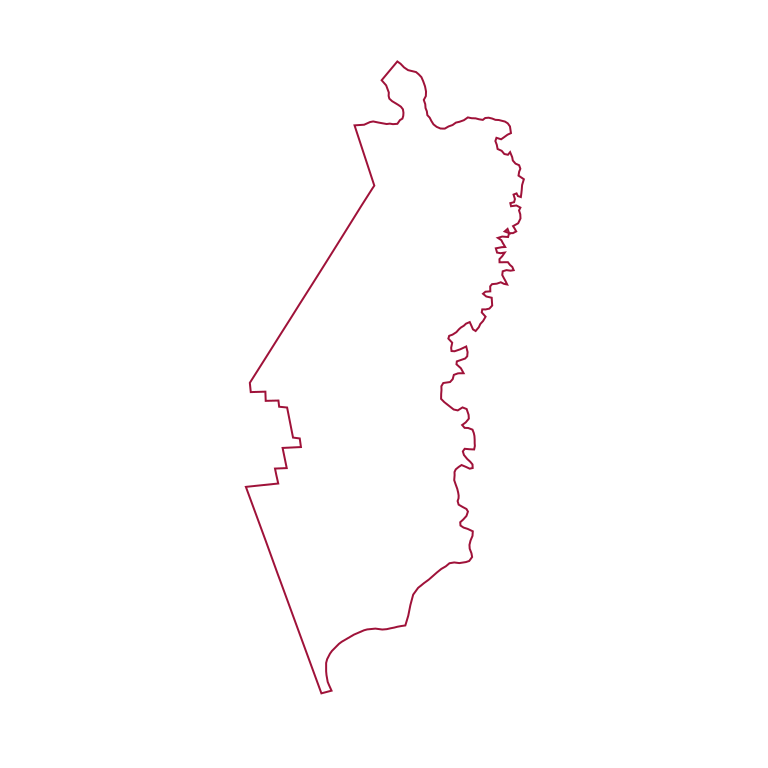 outline of São Miguel do Guamá, Pará, Brazil, rotated 285°
{"feature_id": "56859067B56862876029302", "entity_name": "São Miguel do Guamá", "entity_type": "district", "adm_level": 2, "iso_a3": "BRA", "parent_name": "Brazil", "parent_adm1": "Pará", "projection": "robinson", "projection_center": [-47.543, -1.552], "detail": "fine", "context": "isolated", "style": "outline", "palette": "rose", "viewbox_px": 768, "rotation_deg": 285, "n_neighbors": 0, "source": "geoboundaries", "source_scale": "gbopen_adm2", "svg_char_len": 3928}
<svg xmlns="http://www.w3.org/2000/svg" viewBox="0 0 768 768"><g transform="rotate(285 384 384)"><path d="M573.1,323.3L569.9,322.2L549.9,315.9L520.0,306.8L508.9,303.4L487.1,296.7L462.6,289.1L439.7,281.9L422.8,276.7L405.3,271.2L376.6,262.3L350.4,254.1L341.7,257.4L345.9,271.4L337.1,274.1L340.7,286.3L334.9,288.6L336.2,296.5L308.7,310.0L309.6,316.7L301.6,320.1L296.0,302.6L277.6,311.8L274.1,300.6L268.1,303.6L260.5,307.6L248.9,277.2L202.1,310.2L172.4,330.9L167.5,334.4L69.0,403.6L74.2,412.7L79.1,408.7L81.7,406.7L87.9,403.8L91.4,402.5L99.6,400.3L103.5,400.3L109.5,401.6L112.7,402.8L121.3,407.7L124.1,409.9L134.1,419.8L140.9,428.4L142.6,431.3L145.5,439.0L146.4,445.9L147.9,450.1L149.7,453.5L151.4,457.0L153.0,459.8L154.8,463.6L156.3,467.1L166.5,467.4L177.4,466.7L188.1,466.7L195.9,469.7L202.2,474.3L206.4,477.7L211.0,480.8L215.8,484.0L220.2,487.2L223.9,490.9L227.8,493.6L229.8,498.0L230.5,503.1L233.2,509.2L235.1,512.1L239.7,513.9L243.1,512.3L247.1,509.4L250.7,508.2L255.3,508.1L260.2,508.8L264.7,507.9L265.7,502.3L265.9,498.0L267.1,494.5L270.2,493.4L273.6,495.6L277.9,497.8L282.5,498.1L284.6,496.0L285.6,491.7L286.8,487.3L290.0,485.4L292.8,485.6L295.5,485.0L298.2,483.8L301.7,481.9L305.7,479.1L309.3,476.7L314.2,475.8L317.2,474.9L320.1,475.4L323.2,477.6L325.8,479.9L325.1,484.8L324.4,488.7L325.8,491.4L329.2,490.3L331.3,487.3L333.1,483.8L336.1,479.6L339.3,477.6L342.3,478.7L343.1,483.4L344.1,488.0L347.7,487.8L350.3,486.9L353.6,486.0L357.2,484.8L359.9,483.4L362.8,481.3L363.3,476.7L362.5,473.2L364.6,470.1L368.1,472.9L372.5,474.9L376.1,473.7L381.2,470.3L381.7,465.9L377.6,462.1L377.4,457.9L382.0,447.1L384.4,443.0L389.2,441.8L393.0,441.1L396.7,440.0L400.3,441.0L403.0,447.3L406.5,449.1L410.9,449.1L413.5,452.8L415.0,458.1L419.1,454.2L421.8,448.9L424.7,448.5L429.6,455.8L432.3,457.2L436.4,456.5L441.5,453.7L437.2,448.6L433.9,443.7L433.3,440.7L436.3,439.5L441.5,439.2L444.5,434.4L447.4,434.5L449.4,437.4L452.8,440.5L456.2,442.2L458.5,443.7L460.9,446.0L463.5,447.6L466.0,450.8L462.7,453.5L459.8,455.8L458.9,458.8L463.4,460.9L466.9,461.5L470.5,463.4L475.3,464.7L478.4,459.9L481.5,459.6L482.3,462.8L484.1,466.3L487.8,468.2L491.6,466.9L495.2,465.7L495.0,460.1L496.8,456.3L499.4,458.1L501.0,462.7L505.8,461.3L508.4,462.5L510.1,467.0L512.5,470.5L511.8,473.9L512.0,477.2L514.9,474.7L517.7,472.0L519.9,470.0L523.6,469.5L525.7,472.8L526.2,476.9L527.5,479.8L530.3,477.6L531.6,474.9L533.7,472.2L532.6,468.1L531.5,464.1L534.5,463.2L538.0,465.1L542.2,466.6L540.5,462.7L540.2,459.2L544.0,456.9L546.6,462.3L547.7,465.6L551.1,462.1L553.3,460.1L554.6,456.2L557.0,460.0L558.1,465.8L562.1,465.8L563.1,469.5L565.6,472.2L567.9,470.0L569.9,467.8L574.0,472.0L579.2,473.0L583.2,471.7L586.6,469.5L589.7,470.1L590.7,465.7L588.6,460.7L591.4,459.2L593.3,462.6L596.5,462.6L600.5,460.1L602.4,462.7L600.2,464.7L600.0,467.8L603.9,467.3L607.1,466.8L611.9,465.9L618.0,466.1L620.1,460.0L624.1,459.6L627.2,460.0L630.3,457.9L630.9,454.0L633.2,450.6L636.3,449.1L640.6,445.8L637.5,444.4L637.3,440.7L639.7,437.3L640.4,432.9L644.3,431.0L647.5,428.7L650.9,428.9L650.7,433.8L653.7,436.3L656.8,438.8L659.2,441.7L665.4,439.0L667.8,436.1L668.8,432.9L668.7,426.6L668.0,423.2L668.4,419.8L668.3,416.1L667.1,412.9L664.7,411.1L664.3,407.3L664.3,403.7L663.4,399.8L663.2,396.0L659.5,392.9L656.8,389.0L655.1,385.8L651.9,383.2L649.5,379.7L646.4,376.6L645.4,372.5L646.0,368.3L647.6,364.6L650.3,361.7L653.1,359.2L654.9,356.3L658.5,354.8L661.3,352.7L665.0,351.4L668.7,348.9L672.9,349.9L677.4,348.9L682.1,346.6L686.6,343.5L690.1,340.7L692.2,337.2L693.6,334.2L693.4,326.0L695.0,321.4L697.6,317.1L699.0,313.4L676.8,303.1L673.0,308.8L666.8,313.2L663.5,313.9L661.0,315.3L659.3,318.6L657.3,325.5L656.2,328.6L654.2,331.2L651.0,332.6L648.0,333.2L645.1,333.1L643.0,331.1L638.8,329.6L637.3,325.4L637.0,322.2L635.8,319.3L635.1,310.9L634.8,305.6L633.4,302.7L629.3,297.7L626.2,288.6L573.1,323.3ZM562.1,465.8L562.6,461.1L565.8,463.2L562.1,465.8Z" fill="none" stroke="#9f1239" stroke-width="2"/></g></svg>